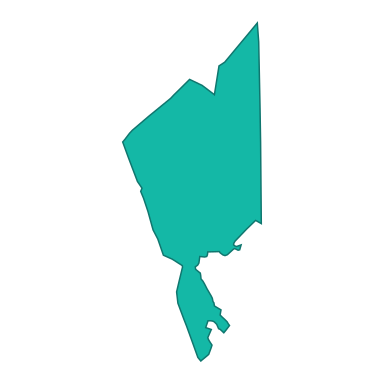 Tijigja, Tagant, Mauritania
{"feature_id": "47542326B404198781259", "entity_name": "Tijigja", "entity_type": "district", "adm_level": 2, "iso_a3": "MRT", "parent_name": "Mauritania", "parent_adm1": "Tagant", "projection": "equal_earth", "projection_center": [-11.566, 18.518], "detail": "fine", "context": "isolated", "style": "filled", "palette": "teal", "viewbox_px": 384, "rotation_deg": 0, "n_neighbors": 0, "source": "geoboundaries", "source_scale": "gbopen_adm2", "svg_char_len": 1501}
<svg xmlns="http://www.w3.org/2000/svg" viewBox="0 0 384 384"><path d="M122.7,142.0L128.4,157.6L137.5,181.6L138.9,183.6L142.0,188.2L140.7,191.4L143.6,198.4L148.0,211.6L151.7,225.0L153.1,230.0L153.7,231.1L157.8,239.0L163.4,255.2L172.3,259.2L182.3,265.6L182.5,267.2L179.0,281.7L176.6,291.9L176.9,294.5L177.9,303.2L182.0,314.2L183.8,319.0L186.5,325.9L190.2,336.1L192.8,343.3L195.2,350.0L197.9,357.5L200.8,361.0L207.1,355.8L208.7,354.4L211.3,347.4L212.0,345.1L210.4,342.7L209.1,340.6L208.7,339.9L208.3,339.2L207.8,337.6L211.3,329.5L205.7,327.6L208.0,320.8L210.9,320.8L212.7,321.1L214.2,321.8L216.7,324.3L218.6,328.7L220.2,329.4L223.8,332.8L226.2,329.9L229.5,325.5L228.3,323.9L227.1,321.8L224.5,319.2L222.3,317.2L220.1,315.0L221.0,309.9L216.3,307.1L214.4,305.9L213.9,302.8L213.0,301.6L212.3,298.2L211.1,295.8L207.1,289.0L204.4,283.7L202.8,281.0L201.0,278.9L200.7,275.4L200.3,273.1L198.4,271.6L195.6,269.3L195.3,266.8L197.6,265.2L198.9,263.0L199.8,256.5L204.7,257.0L206.7,256.5L207.4,254.9L207.8,251.9L219.4,251.6L220.1,252.8L222.9,254.9L225.0,255.6L227.4,254.7L233.5,249.1L234.8,248.6L238.1,250.2L239.7,249.8L241.1,244.9L236.6,246.5L235.0,246.0L233.6,244.9L233.8,243.3L235.0,241.2L246.7,229.0L254.9,221.1L255.6,220.4L256.5,220.9L261.3,223.6L260.6,142.5L260.0,105.9L258.7,41.9L257.3,23.0L224.7,62.2L219.0,65.9L214.4,94.7L202.0,85.3L199.2,84.0L189.6,79.4L178.4,90.5L173.9,94.9L170.6,98.4L148.7,116.3L132.4,130.2L129.6,133.2L124.8,139.5L122.7,142.0Z" fill="#14b8a6" stroke="#0f766e" stroke-width="1.5"/></svg>